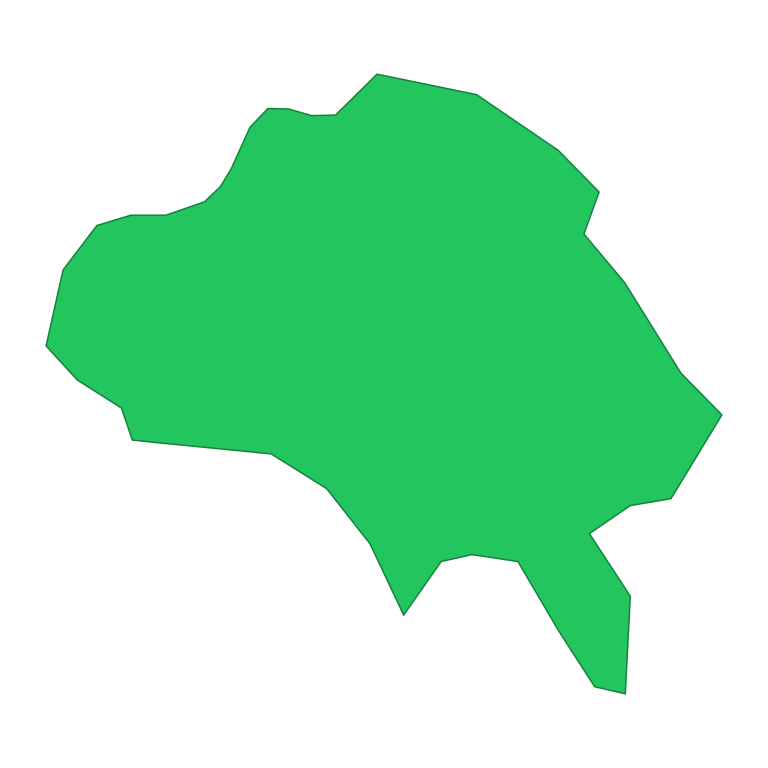 the District of Zubin Potok
{"feature_id": "KOS-5897", "entity_name": "Zubin Potok", "entity_type": "District", "adm_level": 1, "iso_a3": "XKX", "parent_name": "Kosovo", "parent_adm1": "", "projection": "albers", "projection_center": [20.618, 42.908], "detail": "fine", "context": "isolated", "style": "filled", "palette": "green", "viewbox_px": 768, "rotation_deg": 0, "n_neighbors": 0, "source": "natural_earth", "source_scale": "10m", "svg_char_len": 606}
<svg xmlns="http://www.w3.org/2000/svg" viewBox="0 0 768 768"><path d="M311.5,115.6L335.5,115.1L377.0,74.2L476.7,94.7L558.3,150.4L599.1,192.1L583.9,234.0L624.7,282.7L681.0,373.2L721.9,414.9L671.0,498.6L630.2,505.6L589.4,533.6L630.3,596.2L625.3,693.8L594.7,686.8L558.8,631.1L517.9,561.5L471.9,554.6L441.2,561.5L403.7,615.1L370.0,543.8L326.7,488.7L271.2,453.9L155.2,442.5L132.3,440.0L121.5,408.1L77.3,380.0L46.1,345.9L63.1,269.9L96.9,225.5L130.8,215.2L165.9,215.2L204.4,201.8L220.2,186.9L231.1,169.0L250.0,127.3L267.9,108.5L288.7,109.0L311.5,115.6Z" fill="#22c55e" stroke="#15803d" stroke-width="1.5"/></svg>